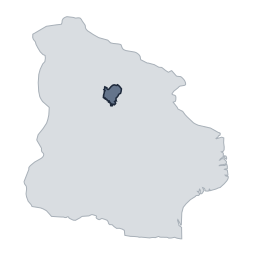 Alkaleri, Bauchi, Nigeria shown in context, rotated 272°
{"feature_id": "59680162B61092998371306", "entity_name": "Alkaleri", "entity_type": "district", "adm_level": 2, "iso_a3": "NGA", "parent_name": "Nigeria", "parent_adm1": "Bauchi", "projection": "natural_earth1", "projection_center": [10.354, 9.865], "detail": "fine", "context": "in_parent", "style": "filled", "palette": "slate", "viewbox_px": 256, "rotation_deg": 272, "n_neighbors": 0, "source": "geoboundaries", "source_scale": "gbopen_adm2", "svg_char_len": 6697}
<svg xmlns="http://www.w3.org/2000/svg" viewBox="0 0 256 256"><g transform="rotate(272 128 128)"><path d="M218.4,29.6L226.8,42.9L228.6,52.8L229.3,57.7L230.7,58.3L233.3,58.5L235.2,59.5L236.3,61.1L237.0,62.6L237.1,63.5L236.6,69.5L236.0,71.6L236.4,74.5L236.3,75.8L236.0,76.6L234.8,77.6L233.2,78.6L229.5,81.4L228.4,81.8L226.8,81.9L225.4,82.6L223.8,84.1L220.3,89.8L217.3,95.5L215.1,104.7L212.5,107.6L212.0,110.2L211.6,115.9L211.2,117.7L210.8,118.2L208.0,119.3L206.3,120.6L205.3,123.2L204.1,132.1L203.6,133.5L202.7,135.1L201.3,136.7L200.0,137.6L196.7,138.3L193.6,144.9L193.6,146.1L192.2,152.1L189.8,156.7L189.7,159.6L186.7,163.7L185.1,166.4L186.7,169.2L186.8,169.7L181.7,174.5L181.4,175.3L181.2,178.6L180.8,179.5L179.8,180.7L178.4,182.1L177.0,183.1L175.4,183.8L173.9,184.1L173.0,183.7L172.5,182.7L171.7,178.6L171.2,177.7L170.2,176.9L166.3,172.4L163.8,170.8L163.3,170.9L162.9,171.4L162.3,173.6L161.6,174.5L160.3,174.8L158.1,174.8L156.5,174.5L156.1,174.0L155.4,172.2L150.4,176.4L148.7,177.3L146.5,182.1L143.4,184.5L141.3,186.6L135.5,193.2L134.4,195.2L133.2,198.1L130.8,210.5L126.8,218.2L126.3,219.9L126.0,219.8L125.5,220.5L124.0,220.1L123.3,218.6L122.3,218.4L120.7,216.3L120.3,216.6L122.1,222.0L121.4,224.1L116.6,224.1L112.4,224.8L109.5,224.8L108.1,224.0L107.4,222.0L107.2,222.2L107.1,223.3L106.1,224.1L102.9,224.3L101.5,222.9L100.4,221.4L99.1,220.7L99.3,221.3L100.7,222.8L100.5,225.0L98.0,227.5L96.3,227.6L95.3,226.5L94.8,224.8L94.5,222.2L93.8,220.5L93.5,220.5L93.9,223.3L93.9,225.9L95.1,228.0L93.2,228.6L91.0,228.7L90.7,227.9L90.4,226.2L90.0,225.8L89.5,228.7L84.9,229.5L84.2,229.3L84.1,228.8L84.4,228.0L84.3,226.7L83.3,227.7L83.1,229.7L82.5,230.0L80.8,229.7L78.8,228.7L75.7,226.2L71.8,222.2L71.2,220.3L70.1,218.1L68.1,211.9L68.4,211.6L69.3,212.0L69.8,211.4L68.2,211.0L67.8,210.5L67.7,209.2L67.8,207.5L70.2,206.6L70.8,205.6L71.1,204.6L68.1,206.1L65.3,204.4L64.7,203.3L65.0,202.5L68.3,202.5L69.4,201.7L68.7,201.4L67.5,201.4L67.0,200.9L67.1,199.6L66.7,199.9L66.1,201.0L64.2,201.9L63.1,201.0L63.0,199.2L62.8,198.4L61.9,197.7L58.6,192.9L54.4,188.8L50.7,186.0L45.1,184.7L33.4,184.7L32.7,184.3L33.5,183.7L34.5,183.3L38.3,181.0L37.6,180.7L33.7,182.1L32.4,182.3L30.6,185.0L19.1,185.6L19.1,184.3L19.6,180.8L20.4,178.3L19.6,175.3L19.4,172.6L19.9,171.7L20.1,170.7L20.0,163.8L20.6,162.7L20.6,162.0L19.4,159.1L19.5,156.8L19.2,154.6L18.9,153.6L19.4,145.1L19.2,143.0L19.6,141.5L19.8,137.9L19.8,134.3L20.6,128.6L25.6,127.9L26.8,125.7L27.5,122.8L27.3,120.1L28.9,117.6L30.8,115.5L30.8,113.1L31.3,112.4L32.2,111.8L33.5,111.5L35.0,110.4L35.8,108.3L36.7,105.0L35.4,102.7L35.4,102.2L35.9,100.9L36.7,99.7L37.3,99.3L38.7,99.6L39.2,99.1L40.2,95.5L40.1,94.5L38.8,92.0L38.1,85.4L37.7,84.6L36.7,83.4L33.9,78.7L34.0,76.5L35.2,73.7L35.9,72.3L37.0,71.6L37.2,70.9L36.9,70.1L36.4,69.5L36.3,68.2L36.8,66.5L36.7,64.5L37.0,54.6L39.2,52.6L42.5,49.4L44.2,46.0L45.1,43.4L46.2,34.8L48.0,33.9L51.3,30.8L55.7,29.0L58.6,28.4L63.6,28.8L66.2,28.4L68.4,26.7L69.4,26.3L70.8,26.0L83.3,30.4L84.5,30.2L85.4,30.5L87.0,31.7L90.7,35.9L94.6,42.3L95.8,43.6L97.0,44.4L98.2,44.7L99.2,44.6L100.1,43.9L101.3,42.7L103.1,42.2L104.7,42.3L112.5,37.4L113.3,37.3L118.1,38.4L124.7,43.3L130.0,46.5L133.8,47.6L138.2,48.4L145.8,48.6L151.5,41.7L153.6,40.2L156.1,38.8L161.4,37.5L170.2,36.7L178.5,37.0L183.6,38.2L189.0,40.5L191.4,42.6L195.0,43.0L197.6,42.6L198.5,40.4L201.1,37.6L205.1,35.0L208.3,33.2L210.9,32.4L213.3,30.3L215.2,29.6L218.4,29.6ZM103.2,227.0L101.4,227.7L100.3,227.5L101.9,224.7L102.7,225.3L103.7,225.6L103.2,227.0Z" fill="#d9dde1" stroke="#a8b0b8" stroke-width="1"/><path d="M170.2,116.8L170.8,116.3L170.9,116.0L170.4,115.6L170.2,115.4L170.3,115.3L170.3,115.2L170.3,114.9L170.3,114.7L170.2,114.5L170.3,114.4L170.4,114.1L170.4,113.8L170.4,113.7L170.5,113.5L170.6,113.3L170.6,113.2L170.6,112.4L170.4,112.3L170.3,112.1L170.3,111.9L170.3,111.7L170.2,111.5L170.2,111.4L170.0,111.1L170.0,110.9L169.5,110.5L169.0,109.9L168.8,109.7L168.6,109.5L168.4,109.3L167.8,109.0L167.6,108.8L167.4,108.6L167.3,108.4L167.2,108.3L166.9,108.1L166.5,107.8L166.1,107.5L165.9,107.3L165.9,107.0L165.8,106.8L165.8,106.7L165.8,106.4L166.0,106.1L166.3,105.8L166.9,105.5L167.1,105.5L167.4,105.5L167.5,105.5L167.7,105.0L167.7,104.8L167.7,104.5L167.8,104.4L168.0,104.1L168.1,103.8L168.3,103.6L168.4,103.4L168.0,103.2L166.9,103.3L166.6,103.4L166.2,103.3L166.0,103.0L165.9,103.0L165.6,102.6L165.4,102.8L165.2,102.8L164.9,103.0L164.9,103.3L164.7,103.4L164.5,103.8L164.4,103.8L164.3,103.6L164.2,103.5L164.1,103.4L163.9,103.3L163.8,103.2L163.7,103.1L163.4,103.0L163.1,103.0L162.8,103.0L162.5,103.1L162.2,103.0L161.9,103.0L161.5,102.8L161.4,102.8L161.1,102.7L160.9,102.7L160.7,102.6L160.4,102.5L160.2,102.5L159.9,102.5L159.7,102.5L159.4,102.5L159.4,102.4L159.2,102.4L159.2,102.5L158.9,102.5L158.8,102.4L158.7,102.4L158.7,102.5L158.4,102.6L158.2,102.6L158.0,102.4L157.9,102.5L157.9,102.4L157.9,102.5L157.9,102.4L157.7,102.4L157.7,102.5L157.5,102.9L157.4,102.9L157.4,103.0L157.3,103.3L157.3,103.5L157.2,103.6L156.8,103.5L156.7,103.5L156.5,103.9L156.6,104.0L156.4,104.1L156.3,104.3L156.2,104.3L156.0,104.5L156.2,105.0L156.3,105.0L156.0,105.3L155.9,105.6L155.7,105.9L155.7,106.0L155.4,106.1L155.2,106.2L154.7,106.2L154.5,106.5L154.5,106.9L154.5,107.1L154.4,107.3L154.2,107.5L154.3,107.6L154.2,107.7L154.2,107.8L154.3,107.9L154.3,108.0L154.3,108.3L154.2,108.3L153.9,108.3L153.8,108.2L153.7,108.0L153.7,107.9L153.4,107.8L153.2,107.9L153.2,108.0L153.1,107.9L153.0,108.1L153.0,108.4L152.9,108.6L152.7,108.8L152.4,109.0L152.4,109.3L152.5,109.4L152.5,109.5L152.3,109.6L152.2,109.8L152.0,110.0L151.7,110.3L151.5,110.5L151.4,110.6L151.2,110.5L151.1,110.2L151.0,109.9L150.9,109.8L150.6,109.8L150.4,109.9L150.2,109.9L149.9,109.9L149.8,110.0L149.7,110.0L149.5,110.3L149.7,110.5L149.8,110.7L149.9,110.9L149.9,111.0L149.8,111.3L150.0,111.3L150.0,111.5L150.3,111.5L150.3,111.4L150.6,111.5L150.9,111.6L151.2,111.6L151.3,111.9L151.4,112.1L151.3,112.3L151.1,112.4L151.1,112.6L150.9,112.7L150.8,112.8L150.8,113.0L150.7,113.4L150.7,113.6L151.2,114.0L151.3,114.0L151.5,114.4L151.8,114.6L152.0,114.7L152.3,114.8L152.5,114.5L152.6,114.4L152.9,114.4L153.0,114.4L153.4,114.2L153.5,114.2L153.8,114.2L154.0,114.1L154.3,114.2L154.4,114.3L154.4,114.2L154.5,114.3L154.7,114.5L154.7,114.8L154.7,115.0L154.8,114.9L155.0,114.9L155.3,114.9L155.4,115.0L155.5,115.2L155.8,115.1L156.1,115.0L156.4,115.0L156.5,115.0L156.8,115.0L157.0,115.0L157.3,115.0L157.5,115.0L157.8,115.3L158.0,115.4L158.1,115.5L158.2,115.8L158.5,116.0L159.2,116.6L159.4,116.7L159.6,116.8L159.8,116.9L159.9,117.0L160.1,117.1L160.4,117.2L160.5,117.2L160.5,117.3L160.8,117.4L161.0,117.5L161.3,117.7L161.5,117.8L161.7,118.1L161.9,118.4L162.0,118.5L162.3,119.3L164.1,119.8L166.9,120.1L169.5,117.9L170.2,116.8Z" fill="#64748b" stroke="#1e293b" stroke-width="1.5"/></g></svg>